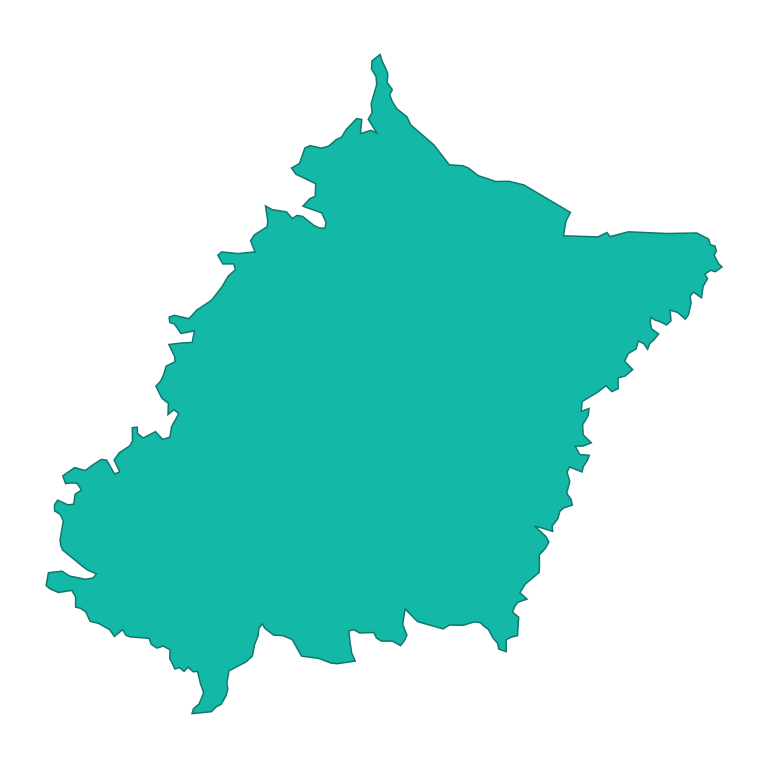 Jari, Rio Grande do Sul, Brazil
{"feature_id": "56859067B68969944095338", "entity_name": "Jari", "entity_type": "district", "adm_level": 2, "iso_a3": "BRA", "parent_name": "Brazil", "parent_adm1": "Rio Grande do Sul", "projection": "robinson", "projection_center": [-54.306, -29.276], "detail": "fine", "context": "isolated", "style": "filled", "palette": "teal", "viewbox_px": 768, "rotation_deg": 0, "n_neighbors": 0, "source": "geoboundaries", "source_scale": "gbopen_adm2", "svg_char_len": 3864}
<svg xmlns="http://www.w3.org/2000/svg" viewBox="0 0 768 768"><path d="M192.0,713.6L211.5,711.7L216.0,707.0L221.2,704.2L225.9,696.0L227.8,689.3L226.9,682.5L229.0,670.8L246.0,661.9L252.3,656.2L254.6,644.5L258.2,635.5L258.8,628.5L262.3,623.9L264.9,628.3L273.6,635.1L282.6,635.6L292.1,639.4L301.5,656.1L318.7,658.4L331.1,663.1L337.2,663.7L355.2,661.1L351.7,653.0L350.2,643.4L348.8,631.0L353.7,629.7L359.6,633.0L373.8,632.5L376.5,638.1L381.4,641.1L392.3,641.1L400.5,645.6L404.5,640.5L406.9,635.1L404.6,629.2L402.7,624.4L405.1,609.0L417.5,621.6L436.7,627.1L443.1,628.9L449.5,625.0L463.2,625.3L474.2,621.9L480.4,622.7L484.6,626.7L488.4,629.4L493.2,638.3L497.7,643.3L498.8,649.1L506.2,651.7L506.2,639.7L511.2,637.2L517.5,635.6L518.7,617.2L512.5,612.2L514.7,606.5L518.0,602.2L527.0,599.1L519.9,592.7L525.1,584.3L539.2,572.4L539.5,564.1L539.3,554.8L545.4,548.4L548.9,542.0L545.9,536.5L534.6,525.9L547.8,529.8L552.7,531.4L552.1,526.2L558.0,518.4L559.8,511.5L563.4,508.1L572.3,505.1L571.1,499.4L566.7,493.2L569.8,481.5L567.0,472.2L569.6,466.9L582.0,472.0L583.3,466.6L587.4,460.3L589.2,455.3L579.7,454.5L575.2,446.1L583.3,446.0L591.3,442.8L583.2,434.9L582.6,424.9L588.0,415.8L589.1,408.5L581.2,411.3L582.1,401.6L589.1,397.3L597.2,392.5L606.0,385.7L611.9,391.6L618.1,388.8L618.1,377.9L625.1,376.0L632.7,369.6L624.6,361.2L628.2,353.6L636.2,348.8L638.3,341.0L643.8,343.7L647.6,349.3L649.7,343.5L653.5,340.3L658.7,333.9L651.6,328.9L650.2,322.5L651.1,317.3L654.9,320.0L660.4,321.8L666.5,325.0L671.0,320.9L670.1,310.1L677.9,312.6L685.2,319.2L688.5,314.7L691.1,303.1L690.1,296.1L693.5,292.2L701.5,297.8L703.1,286.3L707.6,278.6L704.8,274.2L710.5,270.3L715.5,271.7L721.9,266.9L718.5,263.6L714.1,255.2L716.4,251.0L715.0,246.1L710.3,244.7L708.6,239.1L696.9,233.0L666.6,233.5L628.4,231.8L610.0,236.6L607.0,232.5L597.9,236.9L563.5,235.8L565.9,221.3L570.4,212.4L523.8,184.9L509.1,181.3L495.7,181.5L478.4,175.7L468.4,168.0L462.7,165.7L449.3,164.8L434.1,145.1L410.7,124.8L407.0,116.9L396.8,108.7L392.5,101.9L389.7,94.8L392.3,89.7L387.2,82.5L387.8,73.9L385.9,68.9L381.9,60.5L380.2,54.4L372.0,60.8L371.5,69.1L376.0,76.4L376.7,84.5L371.2,103.7L372.1,112.6L368.2,119.2L376.9,133.1L371.0,130.3L360.4,133.6L361.8,119.5L356.6,118.6L346.0,129.8L341.7,137.0L336.3,139.6L328.5,146.2L321.4,148.1L310.0,145.6L304.8,148.1L299.6,163.4L291.5,168.0L295.8,174.2L315.7,183.7L315.2,196.3L309.8,198.7L302.9,206.2L321.8,212.9L326.1,222.4L324.9,228.2L319.5,228.0L314.0,225.5L302.4,216.3L297.0,215.4L292.3,218.5L286.5,211.9L272.0,209.6L265.5,206.0L267.8,221.1L267.2,226.6L254.2,235.0L250.6,240.8L255.0,251.9L237.9,253.6L221.6,251.9L217.8,255.2L222.8,263.9L233.7,263.9L235.5,269.6L228.2,276.1L222.3,286.3L211.7,300.1L196.8,310.1L189.0,318.7L174.3,315.3L169.1,317.2L169.8,322.5L174.3,323.9L181.0,333.5L194.4,330.9L192.2,342.4L182.7,342.9L168.9,344.5L174.6,356.5L175.0,361.8L166.1,366.2L163.7,374.4L160.7,381.0L155.9,386.1L161.9,398.3L168.4,403.3L168.0,414.6L173.9,409.7L178.8,413.6L171.5,426.8L169.9,437.1L162.6,439.4L155.5,431.6L143.2,438.0L137.5,433.5L137.2,427.1L132.3,427.7L132.5,441.0L129.6,446.0L119.3,452.7L114.1,460.0L119.8,471.9L114.5,473.9L106.7,460.2L101.4,459.4L93.5,464.4L85.3,470.5L74.6,467.6L62.8,475.9L65.6,483.6L71.5,482.9L77.0,483.3L81.5,490.0L75.1,494.2L73.7,504.2L67.8,504.8L57.6,500.1L54.5,504.8L54.5,510.8L60.0,514.2L63.3,520.7L60.0,540.1L60.7,545.2L62.5,549.9L83.5,567.1L87.4,569.9L96.4,574.0L93.1,577.9L85.5,579.3L69.5,576.0L62.1,571.2L48.4,572.7L46.1,585.5L50.0,588.8L58.4,592.5L71.9,590.4L75.6,596.9L75.6,607.1L80.6,608.3L85.8,611.9L90.1,621.3L98.3,623.3L109.6,629.6L114.4,636.4L122.7,629.6L125.9,635.3L130.0,636.9L149.1,638.3L151.3,644.4L156.9,648.1L163.1,646.1L170.1,649.7L169.7,658.6L172.3,663.3L174.9,669.0L179.4,667.6L184.1,671.4L187.9,667.2L193.1,671.7L197.6,671.5L200.4,683.4L203.7,692.8L199.0,704.0L193.5,708.7L192.0,713.6Z" fill="#14b8a6" stroke="#0f766e" stroke-width="1.5"/></svg>